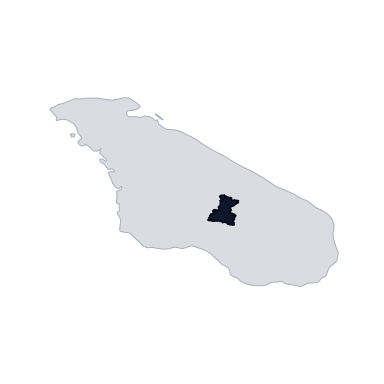 Ambatofinandrahana, Amoron'i Mania, Madagascar shown in context, rotated 282°
{"feature_id": "10022922B11162683268422", "entity_name": "Ambatofinandrahana", "entity_type": "district", "adm_level": 2, "iso_a3": "MDG", "parent_name": "Madagascar", "parent_adm1": "Amoron'i Mania", "projection": "mercator", "projection_center": [46.283, -20.456], "detail": "fine", "context": "in_parent", "style": "filled", "palette": "ink", "viewbox_px": 384, "rotation_deg": 282, "n_neighbors": 0, "source": "geoboundaries", "source_scale": "gbopen_adm2", "svg_char_len": 8565}
<svg xmlns="http://www.w3.org/2000/svg" viewBox="0 0 384 384"><g transform="rotate(282 192 192)"><path d="M250.2,43.9L251.2,46.2L252.4,48.5L256.1,53.9L257.6,56.0L258.9,58.2L259.6,62.7L261.9,69.6L264.1,80.0L264.8,90.6L265.4,95.5L267.2,100.2L269.9,105.0L270.8,110.3L269.1,115.8L266.7,121.0L266.0,122.0L264.9,123.3L264.3,123.3L262.4,121.9L260.8,119.7L258.7,114.6L258.0,111.9L257.1,111.5L254.7,111.8L253.0,113.4L252.7,114.4L253.0,117.3L253.7,120.0L254.0,122.6L254.0,126.0L254.7,127.0L255.6,127.8L256.6,130.0L256.8,135.3L256.2,137.9L254.5,140.2L254.6,141.5L255.2,142.8L254.6,143.6L252.4,144.6L251.5,145.4L250.3,147.7L248.3,152.5L248.0,154.9L249.3,162.3L248.9,167.6L246.4,177.6L245.0,182.4L242.9,188.1L239.8,195.7L236.7,205.2L234.1,215.0L232.1,220.9L229.9,226.7L226.9,237.0L224.3,247.5L220.5,259.1L215.2,272.1L214.7,273.8L213.6,280.4L212.4,286.2L211.0,292.0L208.0,301.5L207.7,304.4L207.0,307.2L204.2,313.2L203.0,315.4L202.1,317.8L201.6,320.8L200.8,323.7L198.7,329.1L195.6,333.7L193.5,335.4L188.9,337.8L186.6,338.3L181.5,338.4L176.5,339.8L171.3,342.4L166.3,345.5L164.4,347.0L162.3,347.8L155.7,348.0L153.7,347.3L147.1,342.3L144.6,341.4L139.7,340.7L138.2,340.3L136.9,339.7L135.0,337.0L131.1,334.8L130.1,334.1L129.5,332.6L129.1,330.9L128.1,329.1L127.4,325.6L126.1,323.1L122.5,318.8L122.2,317.4L121.9,312.8L122.0,309.7L121.6,304.1L122.1,301.4L123.3,299.0L122.8,296.4L121.5,293.7L121.0,290.9L120.0,288.3L116.2,283.7L115.3,281.5L114.7,279.1L113.3,271.8L113.2,269.3L113.4,264.0L113.9,261.2L114.8,259.3L115.0,257.9L115.6,256.6L116.5,255.7L117.1,254.5L118.5,247.7L120.3,246.2L122.9,245.3L125.0,243.5L126.2,241.1L127.4,236.2L130.7,231.3L131.9,228.8L134.6,224.9L137.0,219.4L137.7,216.9L138.2,214.2L138.8,208.5L139.3,205.6L139.2,202.8L137.8,199.9L134.6,194.6L134.5,193.6L134.7,189.7L134.5,186.9L133.3,184.1L131.7,181.5L130.2,176.5L129.5,168.3L129.7,165.4L129.2,162.8L128.1,160.3L128.9,155.9L138.6,140.2L138.9,138.4L138.5,133.6L138.7,130.8L139.0,129.8L139.8,129.2L141.4,128.9L149.2,128.2L150.2,127.7L152.2,126.4L154.8,123.8L156.1,123.1L157.1,123.4L157.8,124.5L158.7,125.1L161.8,123.9L163.0,123.9L164.2,124.1L164.8,123.0L165.2,121.6L165.6,120.6L166.5,120.0L170.5,119.7L173.1,119.3L176.5,118.3L177.2,118.5L179.9,122.1L180.7,122.4L181.7,122.5L182.7,121.9L180.5,120.0L180.1,118.9L180.2,117.7L181.4,115.2L183.4,113.2L187.7,110.2L192.3,106.8L193.6,106.5L194.7,107.1L195.5,111.1L195.4,111.8L196.2,111.9L197.0,111.4L197.8,109.8L197.8,108.4L197.2,107.1L196.9,106.0L196.9,105.0L199.2,102.6L201.0,100.3L201.8,97.6L202.5,96.3L204.4,94.9L205.0,95.1L205.4,96.3L205.7,97.5L205.2,98.7L204.5,99.9L204.2,101.5L205.3,101.8L206.3,101.4L207.8,98.5L209.5,95.8L210.5,94.4L211.7,93.4L213.8,93.6L215.9,94.2L212.5,91.3L211.7,87.4L215.7,80.6L215.7,79.1L216.3,78.7L216.6,78.2L214.5,75.9L214.1,74.7L214.4,73.0L215.4,71.5L216.3,70.4L217.5,70.0L218.5,70.6L220.7,72.5L222.2,72.7L224.0,70.9L225.5,68.7L227.7,67.1L230.2,66.2L234.0,62.6L236.5,55.2L236.7,53.0L236.2,50.4L235.3,47.9L233.8,44.8L234.2,44.1L236.3,44.5L237.0,44.1L239.3,41.3L243.0,36.0L244.2,36.0L245.3,37.0L245.7,38.5L246.4,39.5L249.0,42.0L250.2,43.9ZM224.1,64.8L224.2,65.6L221.3,65.2L220.8,62.4L222.2,62.3L222.5,61.2L223.4,61.0L224.3,63.5L224.1,64.8ZM258.9,144.8L256.5,149.0L257.2,145.5L260.0,140.4L260.8,140.0L258.9,144.8Z" fill="#d9dde1" stroke="#a8b0b8" stroke-width="1"/><path d="M178.3,216.6L178.0,216.2L177.7,216.2L177.6,216.3L177.7,216.6L177.6,216.8L177.4,217.0L177.1,217.0L176.8,217.2L176.6,217.5L176.3,218.0L176.2,218.0L176.0,217.9L176.0,217.6L176.1,217.4L176.1,217.1L175.9,216.9L175.6,216.8L175.2,216.8L174.8,216.6L174.8,216.2L174.7,216.2L174.5,215.4L174.2,214.9L173.5,215.0L173.0,214.4L172.8,214.4L172.6,214.3L172.2,214.3L171.8,214.5L171.5,214.5L171.3,214.3L170.9,214.3L170.7,214.1L170.0,213.7L169.9,213.7L169.7,214.0L169.3,214.2L168.8,214.1L168.3,213.5L168.0,213.3L167.8,213.6L167.7,213.7L167.9,214.0L167.5,214.5L167.5,214.8L167.7,215.5L167.8,215.5L168.0,216.0L168.4,216.1L168.5,216.2L168.3,216.4L168.3,216.7L168.5,216.7L168.5,216.9L168.5,217.1L168.2,217.0L168.0,217.3L167.8,217.2L167.7,217.0L167.8,217.6L167.9,217.9L168.0,218.1L167.8,218.2L167.9,218.4L167.7,218.6L167.8,219.0L168.1,219.1L168.0,219.6L168.1,219.9L168.4,220.2L168.6,220.7L168.5,220.9L168.7,221.1L168.6,221.3L168.8,221.8L168.8,222.1L168.7,222.3L168.9,222.5L168.9,222.8L168.9,223.1L169.0,223.3L169.2,223.7L169.4,223.7L169.4,223.9L169.2,224.9L169.0,225.0L169.1,225.4L169.2,225.5L169.3,225.5L169.3,225.8L169.3,226.0L169.3,226.4L169.3,226.7L169.2,226.9L169.0,227.0L169.1,227.7L168.9,228.1L168.4,228.3L168.3,228.5L168.5,228.7L169.1,229.1L169.1,229.3L169.2,229.7L169.1,230.1L169.2,230.3L169.2,230.6L169.3,230.6L169.1,231.0L169.3,231.3L169.4,231.9L169.5,231.9L169.6,232.2L169.5,232.3L169.6,232.7L169.2,232.6L168.4,232.9L168.3,233.2L168.3,233.3L168.2,233.4L168.5,233.7L168.1,233.9L168.2,234.1L168.0,234.4L168.1,234.6L168.1,235.3L167.9,235.5L168.0,236.0L168.2,236.4L167.9,236.9L168.1,237.1L168.2,237.4L168.1,237.6L168.2,238.1L168.1,238.4L168.3,238.5L168.5,238.9L168.5,239.2L168.3,239.5L168.5,239.7L168.5,239.8L168.8,239.9L168.9,240.1L169.3,240.0L169.5,239.8L169.8,239.8L170.1,239.6L170.4,239.6L170.7,239.4L170.9,239.4L171.0,239.2L171.2,238.5L171.3,238.5L171.5,238.6L171.8,238.4L171.9,238.5L172.0,238.6L172.3,238.6L172.6,238.3L172.6,238.2L172.9,238.2L173.2,238.3L173.2,238.6L173.3,238.7L174.2,239.3L174.5,239.1L174.9,238.9L175.1,238.9L175.4,238.8L175.6,238.9L175.8,238.8L176.3,239.2L176.6,239.3L177.1,239.3L177.4,239.6L177.6,239.6L177.7,239.8L178.0,239.8L178.2,239.2L178.6,239.0L178.6,238.2L178.1,238.4L177.9,238.3L177.9,238.1L178.3,237.7L178.6,237.7L178.8,237.8L179.0,237.7L179.3,237.5L179.2,237.3L179.0,237.2L179.0,236.9L178.8,236.7L179.0,236.4L178.9,236.4L179.0,236.2L178.8,236.2L178.9,235.9L178.7,235.6L178.8,235.5L179.1,235.4L179.1,235.2L179.3,235.3L179.3,235.0L179.2,234.9L179.3,234.8L179.3,234.7L179.5,234.5L179.8,234.2L180.1,234.0L180.1,233.8L180.2,233.7L180.4,233.7L180.7,233.1L180.8,233.1L181.2,233.0L181.3,233.0L181.3,233.7L181.6,233.7L182.3,234.2L182.5,234.0L182.6,233.8L183.0,233.7L183.5,233.4L183.8,233.1L184.1,233.0L184.4,232.5L184.3,232.3L184.6,232.1L184.8,232.1L184.8,232.5L185.0,232.5L185.3,232.1L185.5,232.6L185.5,232.9L185.7,233.4L185.9,233.7L186.3,233.9L186.4,234.6L186.8,235.2L187.2,235.5L187.4,235.8L187.7,236.0L187.9,236.2L188.4,236.3L188.7,236.8L188.9,236.8L189.0,237.1L189.6,237.5L189.8,238.5L189.8,238.4L190.0,238.3L190.4,238.3L190.5,238.5L190.7,239.2L191.4,239.5L191.6,239.4L191.6,239.2L191.9,238.9L192.0,238.8L192.3,239.2L193.0,239.3L193.1,239.1L192.9,238.7L192.7,238.6L193.0,238.4L193.2,238.2L193.2,237.4L193.0,237.2L192.9,236.8L192.7,236.8L192.7,236.5L192.8,236.1L193.2,235.4L193.3,235.2L193.2,235.0L192.7,234.7L192.6,234.4L192.2,234.2L191.8,233.6L191.7,233.1L191.8,232.9L192.2,233.0L192.7,232.4L192.9,232.4L193.0,232.5L193.8,231.8L194.1,231.9L194.4,231.8L194.4,231.7L194.3,231.3L194.6,231.2L194.7,230.9L194.6,230.7L194.4,230.6L194.1,230.3L193.9,230.3L193.9,230.1L193.9,229.8L194.2,229.3L194.5,229.0L194.5,228.7L194.5,228.3L194.6,228.1L194.5,227.8L194.5,227.4L194.3,227.3L194.4,227.1L194.1,226.9L194.1,226.7L194.1,226.4L194.3,226.1L194.3,225.8L194.6,225.8L194.8,225.7L194.9,225.8L195.2,225.8L195.2,225.6L195.1,225.3L194.9,225.3L195.0,224.9L194.9,224.7L194.9,224.4L195.1,224.4L195.2,224.2L195.7,224.1L195.5,223.8L195.3,223.0L195.0,222.8L194.8,222.5L195.0,222.3L195.1,221.6L194.8,221.3L194.4,220.7L194.0,220.9L193.9,220.7L194.0,220.4L193.8,220.1L193.6,219.9L193.4,220.1L193.3,220.4L192.9,220.5L193.0,220.7L192.7,220.9L192.5,221.0L192.6,221.3L192.4,221.4L192.4,221.6L192.2,221.4L192.0,221.6L191.9,221.8L192.0,221.9L191.8,222.1L191.9,222.3L191.6,222.2L191.3,222.0L191.3,221.8L191.0,222.1L190.8,222.3L190.8,222.5L190.6,222.3L190.4,222.4L190.6,222.4L190.6,222.5L190.1,222.5L190.0,222.3L189.7,222.3L189.7,222.2L189.4,222.1L189.5,221.8L189.3,221.8L189.1,221.6L189.2,221.4L189.1,221.2L189.0,221.3L189.0,221.5L188.9,221.6L189.1,222.0L189.3,222.1L189.2,222.2L189.0,222.3L188.5,222.3L187.6,222.1L187.5,221.9L187.2,221.9L186.8,221.9L186.6,222.0L186.0,222.2L185.6,222.1L185.3,222.2L184.8,222.2L184.3,222.2L184.1,222.0L184.2,221.9L184.0,221.7L184.0,221.9L183.6,221.8L183.3,221.8L183.0,221.7L182.8,221.5L182.8,221.1L182.6,221.0L182.3,221.3L181.9,221.4L181.5,221.6L181.4,221.6L181.2,221.8L180.2,221.3L179.9,221.3L179.8,221.2L179.6,221.3L179.2,220.9L178.9,220.8L178.5,220.3L178.5,219.5L178.9,219.5L179.0,219.6L179.4,219.5L179.3,219.3L179.4,219.1L179.1,219.1L179.0,218.9L179.0,218.6L179.0,218.4L178.7,218.3L178.6,218.2L179.2,218.1L179.1,217.9L179.3,217.7L179.0,217.4L179.0,217.1L178.8,217.0L178.7,216.7L178.3,216.6Z" fill="#0f172a" stroke="#020617" stroke-width="1.5"/></g></svg>